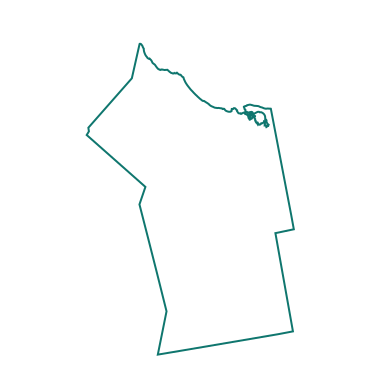 outline of Magallanes, Santa Cruz, Argentina, rotated 260°
{"feature_id": "61730980B60081089408424", "entity_name": "Magallanes", "entity_type": "district", "adm_level": 2, "iso_a3": "ARG", "parent_name": "Argentina", "parent_adm1": "Santa Cruz", "projection": "equal_earth", "projection_center": [-67.392, -48.773], "detail": "fine", "context": "isolated", "style": "outline", "palette": "teal", "viewbox_px": 384, "rotation_deg": 260, "n_neighbors": 0, "source": "geoboundaries", "source_scale": "gbopen_adm2", "svg_char_len": 5861}
<svg xmlns="http://www.w3.org/2000/svg" viewBox="0 0 384 384"><g transform="rotate(260 192 192)"><path d="M37.0,252.2L37.2,267.2L137.0,267.0L137.6,285.8L151.9,285.7L260.3,284.1L260.6,283.3L260.6,282.6L260.8,282.0L261.0,281.4L261.1,280.9L261.1,280.2L261.2,279.2L261.7,277.9L262.0,277.3L263.0,275.8L263.4,274.9L263.6,274.5L263.8,274.1L264.0,273.8L264.1,273.6L264.6,273.0L265.0,272.3L265.2,271.8L265.7,270.0L266.0,268.7L266.1,268.3L266.6,267.2L266.9,266.8L267.3,265.8L267.4,265.6L267.7,265.1L268.0,264.1L268.0,263.3L267.9,261.3L267.8,261.1L267.5,260.9L267.4,260.7L267.4,260.1L267.4,259.6L267.1,258.2L267.0,257.9L266.8,257.8L265.6,258.2L265.1,258.1L264.5,258.2L264.4,258.4L263.5,258.9L262.8,258.6L261.1,258.5L261.1,259.1L261.5,259.6L261.4,260.0L260.7,260.5L260.6,260.9L260.5,261.6L260.6,263.3L260.6,264.5L260.3,265.1L259.6,265.6L258.4,265.7L257.8,265.9L257.9,266.3L258.5,267.3L259.5,270.4L259.5,270.9L259.3,272.0L258.7,272.6L258.7,273.1L258.5,274.1L257.6,275.3L256.2,276.4L254.7,277.0L253.3,277.1L252.8,277.0L251.9,277.0L251.4,276.8L251.0,276.7L250.3,277.6L249.5,277.8L249.1,277.7L248.3,277.6L247.8,277.6L246.4,278.1L245.9,278.3L245.4,278.7L245.0,279.1L244.7,278.9L244.7,278.5L244.5,278.3L244.2,278.7L243.8,278.5L243.8,277.8L243.5,277.0L243.1,276.8L243.0,276.5L243.5,276.4L244.2,276.4L244.9,276.2L244.9,275.1L246.0,275.3L246.6,275.6L247.1,275.9L248.7,276.0L249.0,275.6L250.0,275.7L249.7,275.5L248.4,274.9L248.1,274.5L247.5,273.3L247.5,272.7L247.7,272.2L246.9,271.5L246.5,270.5L246.6,270.0L246.8,269.8L246.9,269.3L247.1,268.9L247.6,269.1L247.7,268.8L247.2,268.5L247.7,268.3L247.7,268.5L248.2,268.7L248.8,268.8L249.0,268.7L248.8,268.2L248.9,267.5L249.5,267.2L249.7,267.3L250.1,267.0L250.8,267.1L250.9,266.8L251.2,266.6L251.4,266.6L251.9,266.7L252.2,266.8L252.9,266.9L253.4,266.4L254.1,266.3L254.7,266.4L255.1,266.7L255.3,266.7L255.2,267.0L255.4,267.2L255.8,267.3L256.0,267.1L256.2,266.6L256.2,266.4L255.9,265.9L255.5,265.5L255.5,265.1L255.5,264.9L255.0,264.6L254.6,264.2L254.1,263.8L253.9,263.6L253.9,263.3L253.7,262.9L253.4,261.9L253.2,261.7L253.2,261.3L253.4,261.2L253.8,261.3L253.9,261.2L254.2,261.1L254.5,260.8L254.9,260.6L255.9,260.5L256.3,260.6L257.1,260.5L257.3,260.3L257.6,260.3L257.8,260.2L258.2,259.8L258.9,259.4L259.0,259.0L259.3,258.8L259.5,258.4L259.5,258.2L259.8,258.1L259.9,257.7L260.1,257.6L260.4,257.5L260.9,257.4L261.1,257.3L261.2,256.4L260.4,254.1L260.4,253.8L260.6,253.5L260.9,253.5L260.9,253.3L261.1,253.2L261.1,252.7L261.2,252.2L261.5,251.5L262.0,251.3L262.2,251.1L262.9,250.8L263.3,250.7L263.8,250.4L264.5,250.6L264.7,250.3L265.0,250.3L265.2,250.1L265.9,249.6L266.2,249.5L266.3,249.5L266.9,249.0L267.1,248.6L267.1,248.3L267.3,247.9L267.1,247.6L266.9,247.4L266.7,247.2L266.6,246.7L266.5,246.1L266.6,245.9L266.9,245.8L266.9,245.6L266.6,245.5L265.7,245.2L265.4,245.0L265.0,245.1L264.8,245.0L264.6,244.6L264.5,244.2L264.4,243.9L264.4,243.3L264.6,242.5L264.7,242.0L265.2,240.9L265.5,240.4L266.2,239.4L266.7,239.0L267.2,238.7L268.1,238.3L268.2,238.2L268.4,237.9L268.5,237.8L268.5,237.6L268.3,237.0L268.3,236.8L268.5,236.4L268.8,236.2L269.1,236.0L269.1,235.9L269.3,235.6L269.4,235.1L269.6,234.5L269.7,234.1L270.2,232.7L270.3,231.3L270.5,230.9L270.6,230.7L270.8,229.9L271.0,229.3L271.2,228.9L271.8,228.0L272.4,227.2L272.6,226.8L273.3,225.8L274.0,225.0L274.2,224.9L274.8,224.3L275.8,223.7L276.0,223.4L276.8,222.7L277.6,221.7L278.0,221.3L278.6,220.7L279.1,220.1L279.4,219.9L279.6,219.5L279.7,219.3L279.7,218.8L279.9,218.4L280.2,218.0L280.8,217.5L281.5,216.9L282.6,215.9L284.2,214.7L284.8,214.2L286.4,213.1L286.6,212.9L287.0,212.6L287.4,212.3L288.3,211.7L289.9,210.6L290.6,210.2L291.2,209.8L291.9,209.3L293.3,208.4L297.0,206.4L298.2,205.8L300.3,204.9L301.4,204.5L304.0,203.8L304.9,203.6L305.8,203.5L306.3,203.5L306.6,203.3L306.8,202.9L307.3,202.4L308.2,201.8L309.2,201.3L309.6,200.8L309.6,200.3L309.8,200.0L310.1,199.6L310.2,199.4L310.6,199.1L310.8,198.9L311.2,198.6L311.4,198.3L312.1,197.9L312.1,197.6L311.8,197.5L311.6,197.3L311.6,196.9L311.6,196.6L311.7,196.3L311.9,195.7L312.1,195.4L312.3,195.2L312.0,194.8L311.9,194.5L312.0,194.1L312.1,193.6L312.5,193.0L312.7,192.6L312.8,192.3L312.9,192.1L313.5,191.6L313.9,191.1L314.1,191.0L314.3,190.9L314.6,190.5L314.9,190.3L315.9,189.6L316.0,189.4L316.6,189.0L316.6,188.9L316.6,188.5L316.7,188.2L316.8,187.6L316.8,187.2L316.9,186.1L317.3,185.2L317.6,184.3L317.8,183.9L317.7,183.5L317.7,183.4L317.8,183.1L318.0,182.9L317.9,182.4L317.7,182.0L317.8,181.8L318.1,181.3L318.3,181.0L318.6,180.8L318.7,180.5L318.9,180.2L319.4,179.8L319.6,179.7L320.7,179.0L322.6,178.1L323.5,177.7L324.0,177.4L324.7,176.7L325.6,175.9L326.2,175.5L326.6,175.4L328.1,175.0L329.0,174.6L329.4,174.3L329.7,174.1L330.3,173.7L330.6,173.5L330.4,173.3L330.4,173.1L331.0,172.2L331.4,171.8L332.0,171.3L332.5,171.2L333.3,170.7L333.9,170.4L335.1,169.9L336.7,169.5L337.4,169.4L338.5,169.2L339.3,169.2L340.4,169.2L341.5,169.4L341.8,169.2L342.0,169.2L342.5,169.0L343.3,168.7L343.9,168.7L344.1,168.7L344.8,168.3L345.5,168.1L345.7,167.9L346.4,167.6L346.5,167.4L346.9,166.9L347.0,166.5L347.0,166.4L347.0,166.2L346.9,166.1L314.4,152.5L306.4,142.5L273.3,101.1L269.6,101.0L266.4,98.2L205.1,147.0L188.9,138.1L153.5,140.8L118.5,143.4L78.9,146.2L37.8,130.1L37.6,152.8L37.0,252.2ZM258.4,260.6L258.8,260.3L258.7,260.0L258.5,259.9L258.2,260.3L258.0,260.5L257.8,260.6L257.6,260.5L256.8,260.7L256.3,260.7L256.0,260.8L255.5,260.8L255.3,260.7L255.2,260.7L255.2,260.8L254.9,261.0L254.5,261.1L254.1,261.3L254.1,261.5L254.7,262.1L255.1,262.2L255.4,262.3L255.8,262.5L256.2,262.6L256.3,262.5L256.5,262.5L257.2,262.6L257.3,262.6L257.9,261.8L258.0,261.1L258.4,260.6ZM258.5,264.3L259.0,263.8L259.5,263.6L259.6,263.4L259.7,263.2L259.5,262.7L259.3,262.6L259.2,262.3L258.6,262.3L258.3,262.7L258.0,263.2L257.6,263.5L257.1,263.7L257.0,263.8L257.0,264.0L257.4,264.2L257.4,264.4L257.6,264.5L258.0,264.4L258.3,264.4L258.5,264.3Z" fill="none" stroke="#0f766e" stroke-width="2"/></g></svg>